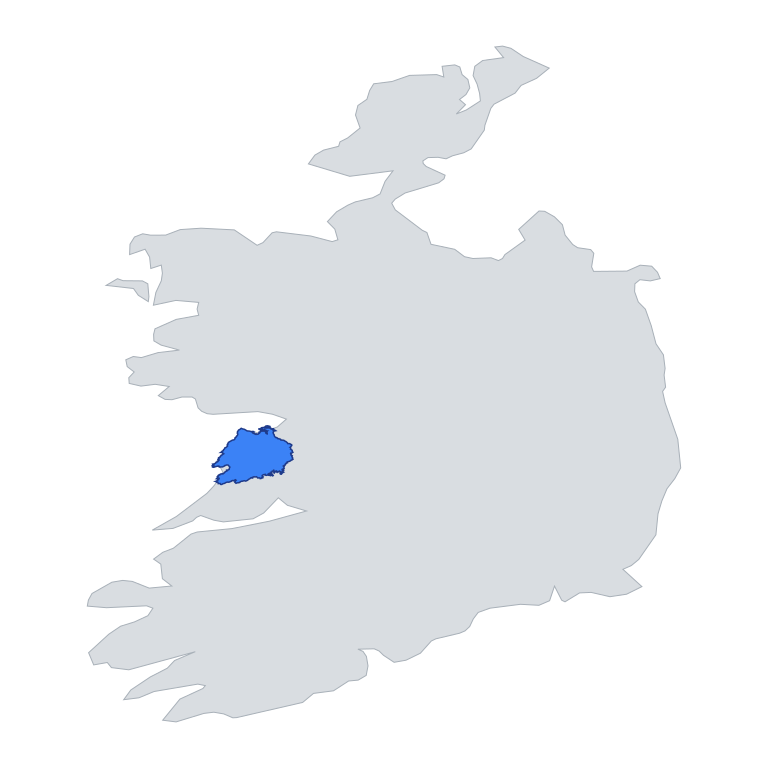 Ennistimon Lea-4, Clare, Ireland shown in context
{"feature_id": "5873133B68826952408481", "entity_name": "Ennistimon Lea-4", "entity_type": "district", "adm_level": 2, "iso_a3": "IRL", "parent_name": "Ireland", "parent_adm1": "Clare", "projection": "natural_earth1", "projection_center": [-9.187, 53.0], "detail": "fine", "context": "in_parent", "style": "filled", "palette": "blue", "viewbox_px": 768, "rotation_deg": 0, "n_neighbors": 0, "source": "geoboundaries", "source_scale": "gbopen_adm2", "svg_char_len": 9599}
<svg xmlns="http://www.w3.org/2000/svg" viewBox="0 0 768 768"><path d="M515.1,93.1L494.0,104.2L490.8,108.4L484.9,125.3L484.3,130.1L471.2,148.9L463.7,152.8L452.5,155.8L446.1,158.8L438.1,157.3L427.9,157.6L422.9,160.9L423.2,163.5L426.2,166.5L445.1,175.2L444.0,178.8L438.7,182.8L405.1,193.0L395.2,199.1L391.7,203.2L395.3,209.9L422.3,230.3L426.9,232.5L431.0,244.3L454.7,249.3L464.5,256.7L472.9,258.5L491.1,257.8L498.4,260.6L502.5,258.5L504.9,254.6L525.1,240.1L518.7,229.4L539.0,211.0L544.7,211.3L554.4,216.8L562.4,224.7L565.1,235.1L572.7,244.5L577.6,247.7L590.7,249.6L593.8,253.3L591.6,266.9L593.6,271.4L626.9,271.1L640.2,265.2L651.7,266.2L657.5,272.3L660.2,278.6L650.3,280.9L639.9,279.7L634.9,283.8L634.6,291.7L638.3,302.0L645.4,309.2L651.2,325.6L656.0,343.8L663.4,354.8L665.1,368.4L664.1,375.1L665.6,387.2L662.6,391.4L665.1,402.8L677.8,439.3L680.7,467.9L674.8,478.6L667.0,488.7L661.9,500.8L658.0,513.8L655.9,534.8L638.8,559.4L631.4,565.5L622.9,569.3L641.9,586.6L626.6,594.2L609.9,596.7L591.2,592.4L579.6,592.9L565.0,601.8L561.7,600.2L554.5,586.1L549.6,600.7L538.9,605.3L520.5,604.3L489.9,608.2L478.2,612.4L473.3,618.9L469.7,626.5L465.0,630.9L459.6,633.2L435.9,638.8L431.3,641.0L420.4,653.2L406.0,660.2L394.1,662.3L383.5,655.3L379.1,651.0L374.2,648.8L357.9,649.2L363.0,651.4L366.4,656.4L368.0,665.9L366.2,675.4L358.2,680.1L348.6,681.0L333.5,690.8L313.5,693.4L302.7,702.4L236.6,717.6L232.8,717.8L223.7,713.9L213.8,712.2L203.9,713.4L176.1,721.9L162.7,720.2L179.9,699.1L202.9,688.5L205.3,685.6L197.8,684.1L154.1,691.5L138.9,697.8L123.7,699.7L130.8,690.0L150.4,676.9L167.3,668.2L174.6,660.5L195.3,651.7L128.8,669.8L111.4,667.6L107.3,662.5L93.7,664.9L88.6,652.7L108.8,634.2L120.6,626.2L134.5,621.9L147.9,615.7L152.9,608.2L146.6,605.8L106.5,607.7L87.3,606.1L88.4,600.1L92.0,593.5L111.9,582.2L122.7,580.4L132.3,581.4L149.2,588.1L171.8,586.0L162.4,578.7L160.8,564.1L153.6,559.1L162.8,552.3L173.4,548.2L191.0,534.1L197.2,532.0L231.9,528.6L269.4,521.2L306.5,511.0L287.4,505.3L278.3,497.8L263.7,513.0L253.1,518.8L223.4,521.9L213.9,520.2L200.7,515.5L196.6,517.3L192.7,520.9L173.0,528.4L152.3,530.1L176.4,516.5L207.0,493.3L213.8,486.0L223.5,473.2L220.5,467.6L214.2,464.3L236.3,438.2L244.1,433.4L258.3,432.7L268.6,428.5L273.2,428.5L277.3,427.0L286.4,419.1L272.4,414.2L257.9,411.6L213.1,414.3L207.2,413.7L201.7,411.3L198.1,407.9L195.4,399.0L192.1,397.0L182.0,397.0L172.0,399.7L165.1,399.4L158.3,395.6L169.2,386.5L155.2,384.3L141.0,386.1L129.2,383.4L128.8,377.7L134.2,372.0L127.2,366.6L125.8,359.8L133.3,356.5L141.4,357.6L158.1,352.6L179.4,350.1L161.1,345.1L153.9,340.9L153.6,334.4L155.0,328.8L176.2,319.4L198.7,315.3L197.1,309.1L198.7,302.4L175.9,300.4L153.4,305.2L155.9,292.4L161.3,280.8L162.4,273.2L161.3,265.1L150.8,268.5L149.6,257.1L145.1,249.2L129.6,254.6L130.0,244.2L134.5,237.0L142.7,233.8L150.7,235.2L165.7,235.1L180.2,229.6L201.1,228.2L234.3,229.9L257.1,245.3L263.0,242.6L272.1,232.8L276.4,231.8L310.8,236.0L332.2,241.6L337.9,239.8L334.8,229.1L327.4,221.6L336.6,211.8L347.8,205.2L355.3,201.9L372.6,197.8L380.1,193.9L385.1,181.3L393.0,170.8L349.7,176.3L308.4,163.9L314.9,155.1L323.6,150.1L338.6,146.3L340.0,141.8L347.6,138.0L360.1,128.0L355.5,115.0L357.9,105.5L366.9,99.3L369.7,90.4L373.7,83.8L392.0,81.5L409.6,75.4L436.7,74.6L443.8,77.0L442.1,66.3L454.8,64.9L459.8,67.0L462.1,74.6L467.9,79.5L469.8,87.9L466.0,94.5L459.5,99.5L465.5,104.7L456.3,114.0L466.3,110.0L480.4,100.9L479.6,93.4L477.1,84.1L473.1,75.6L474.8,66.3L482.7,60.5L503.6,57.6L494.9,47.0L502.6,46.1L510.9,48.3L523.2,56.5L549.2,68.1L536.6,78.3L521.1,85.4L515.1,93.1ZM148.9,296.6L148.3,301.6L138.3,295.3L133.5,288.5L106.1,285.4L117.5,278.7L123.1,280.7L142.4,280.9L147.8,283.8L148.9,296.6Z" fill="#d9dde1" stroke="#a8b0b8" stroke-width="1"/><path d="M275.7,430.7L275.1,430.3L274.6,430.4L274.3,430.0L273.0,430.0L272.6,429.7L273.7,429.2L273.6,428.8L272.9,429.0L272.8,428.7L271.3,429.0L271.3,428.8L270.4,428.4L270.6,428.1L269.7,427.8L269.8,427.6L268.6,427.7L268.7,427.9L267.9,427.9L267.9,427.7L267.1,428.0L265.0,427.9L264.0,427.4L261.5,427.7L260.3,428.9L259.2,428.8L258.3,429.1L259.8,429.2L260.4,430.0L260.7,429.9L260.5,429.7L260.8,429.5L260.7,429.5L261.0,429.2L262.1,429.2L262.5,429.6L262.7,430.2L263.3,430.2L264.1,429.5L264.8,429.5L265.6,430.5L266.0,430.5L265.9,430.8L266.9,430.9L266.5,431.1L267.1,431.5L266.6,431.9L266.6,432.4L266.9,432.7L266.7,432.9L267.1,432.9L267.3,433.4L267.2,433.9L266.7,433.7L266.8,433.1L266.3,433.1L266.4,432.8L265.9,432.7L265.6,432.3L265.6,432.0L265.0,431.1L263.1,431.1L263.8,430.7L264.2,430.3L264.2,430.1L262.9,430.5L263.3,430.8L262.8,431.0L262.1,430.9L262.2,430.7L260.6,431.3L259.8,432.3L258.9,432.4L259.9,432.4L259.6,432.7L259.4,432.5L259.4,433.1L258.8,433.0L258.7,433.3L258.9,433.4L258.1,434.2L257.7,434.2L257.2,434.3L256.8,433.9L256.3,434.5L256.4,434.8L256.1,434.3L256.2,434.2L256.1,434.3L255.7,434.0L255.4,434.2L254.8,433.7L254.7,433.9L254.3,433.7L252.6,432.9L252.1,431.9L251.6,431.7L253.7,431.6L254.4,432.0L253.9,431.6L252.9,431.4L251.3,431.6L249.4,431.1L247.1,430.9L244.4,429.3L242.5,428.9L241.2,428.3L239.6,429.6L238.6,430.0L237.3,432.1L237.6,432.9L237.4,433.3L237.6,433.4L237.8,434.5L237.2,435.7L236.6,436.0L236.5,436.4L236.2,436.6L236.1,437.1L234.9,438.0L235.0,438.7L234.8,439.1L233.9,439.9L232.4,440.1L228.4,442.4L228.1,443.2L227.5,444.2L227.7,444.4L227.4,444.7L227.6,444.9L227.2,445.4L227.5,446.2L226.0,447.5L225.0,447.7L224.4,449.0L223.5,449.8L223.3,450.7L222.3,451.0L221.5,451.9L222.2,452.3L221.8,452.6L223.7,453.8L221.6,455.1L221.6,455.4L221.0,455.4L220.9,455.8L220.3,456.3L220.4,456.5L220.2,457.0L218.6,457.7L218.5,457.9L218.8,458.1L218.5,458.6L219.0,458.5L219.0,459.3L218.2,459.8L218.8,460.3L218.4,460.6L218.3,461.0L217.4,461.4L217.5,461.8L216.0,462.4L215.9,462.9L215.2,463.4L214.1,463.9L212.9,464.1L213.6,464.8L213.0,464.8L212.3,465.4L213.2,466.0L212.3,466.7L212.4,467.0L213.5,467.3L214.3,467.1L214.4,466.6L215.2,466.8L217.6,466.1L218.9,466.1L219.0,466.4L218.9,466.5L219.3,466.6L219.4,467.0L222.6,466.9L224.5,466.0L224.6,465.6L225.4,465.5L226.4,465.0L228.0,465.0L229.9,467.1L229.3,468.3L229.2,469.4L228.0,470.0L226.8,470.1L227.0,470.5L226.6,470.8L226.7,471.1L226.1,471.2L224.9,472.0L224.8,472.4L223.9,473.2L222.7,473.5L222.8,473.7L222.2,473.7L222.2,473.9L220.6,474.0L220.2,474.4L219.4,474.6L219.5,474.8L219.2,474.8L219.2,475.0L218.8,475.4L218.1,475.5L217.9,476.0L218.1,476.3L217.5,476.7L217.7,476.8L217.5,477.2L217.7,477.5L216.8,478.4L218.8,478.1L219.0,478.4L218.3,478.8L218.5,478.7L218.4,479.1L218.0,479.3L218.5,479.7L217.5,480.4L217.5,480.2L217.1,480.2L216.8,481.0L215.5,481.4L217.1,481.9L217.3,482.0L217.1,482.2L218.0,482.3L218.2,483.6L220.2,483.5L220.6,484.4L221.1,484.5L221.9,484.4L222.7,483.8L224.7,483.3L225.9,482.5L227.4,482.1L228.9,482.2L231.3,481.3L231.4,480.9L232.6,480.5L233.1,480.8L235.5,479.7L236.1,480.3L235.2,481.0L235.1,481.3L235.2,481.7L234.8,481.9L235.0,482.2L234.9,482.3L236.0,483.3L237.2,482.8L238.0,482.8L239.7,482.5L239.9,482.1L241.3,481.3L242.5,481.2L244.2,480.7L245.7,481.1L247.6,480.3L248.5,479.4L249.8,478.8L250.7,477.9L251.8,477.6L252.1,478.1L252.8,477.9L253.0,477.1L254.1,476.7L254.9,477.0L256.5,476.7L257.8,478.0L259.2,477.8L260.1,478.2L260.2,478.6L261.1,478.5L261.7,477.8L262.2,478.0L262.7,477.8L262.3,477.3L263.1,476.8L262.1,475.9L262.3,475.6L262.3,475.4L263.4,474.7L265.2,474.4L265.2,474.7L265.0,475.0L266.2,475.4L267.5,475.0L268.8,475.3L269.3,475.0L269.5,475.3L270.2,474.9L270.5,475.6L271.8,475.0L272.3,475.3L272.1,475.6L272.7,475.9L273.2,475.5L272.8,475.0L272.4,475.1L272.5,474.8L272.2,474.3L271.2,474.7L271.1,474.4L270.9,474.3L268.3,474.5L268.2,474.2L269.0,474.1L268.9,473.5L269.2,473.3L269.1,472.9L269.4,473.3L270.8,473.0L271.2,473.2L271.2,472.9L271.5,472.7L271.4,472.5L271.8,472.6L272.0,471.3L273.1,471.1L273.5,470.2L273.9,470.3L273.8,471.4L274.3,472.1L273.8,472.7L274.2,473.1L275.0,472.2L274.9,471.9L275.3,471.3L276.5,471.0L276.7,471.4L276.7,472.0L277.1,472.4L277.6,471.9L278.0,472.0L278.2,471.5L278.9,471.6L279.5,471.1L280.2,471.7L280.5,471.6L280.7,471.8L280.2,472.6L280.1,473.6L280.4,473.8L280.5,474.1L281.4,474.2L281.7,473.8L281.3,473.7L281.7,473.1L281.1,472.9L281.6,472.5L281.5,472.1L282.0,472.2L282.7,472.7L283.4,472.3L282.8,472.1L282.9,471.9L282.6,471.7L282.4,471.1L283.7,470.6L283.8,470.1L283.2,469.7L282.3,469.8L282.1,469.4L284.1,468.4L283.8,467.9L284.1,466.9L283.4,466.4L283.3,465.9L284.4,465.3L284.7,465.5L285.5,464.6L285.3,464.2L285.4,463.9L286.3,463.4L286.2,463.2L286.7,463.0L286.9,462.5L287.4,462.6L287.3,461.9L289.7,461.3L290.8,460.6L290.9,460.3L292.1,459.9L292.9,459.3L292.4,458.8L292.7,458.4L292.6,457.7L291.8,456.7L292.3,455.8L291.8,455.4L291.2,455.3L290.9,454.6L291.1,454.2L290.6,453.5L290.8,453.1L291.4,453.3L292.8,452.3L292.5,452.1L292.5,451.6L292.1,451.2L292.2,450.3L290.5,449.1L290.7,448.8L290.7,448.1L290.5,447.1L290.3,447.1L291.8,445.5L291.6,444.6L290.7,444.4L289.8,443.6L287.8,443.6L287.5,442.9L286.0,441.6L284.4,440.8L284.2,440.5L283.3,440.2L281.0,440.1L281.0,439.8L280.5,439.2L279.0,438.9L278.8,438.6L277.8,438.7L277.1,437.8L276.5,437.5L276.1,437.7L275.4,437.3L274.3,435.9L274.2,434.9L273.4,433.7L273.1,432.5L273.6,431.7L273.4,431.2L273.4,430.8L274.7,430.9L275.7,430.7ZM269.6,426.4L269.2,426.3L268.6,426.3L268.3,426.0L267.8,425.8L265.9,426.0L265.2,426.6L266.4,427.6L267.2,427.7L267.8,427.3L269.4,426.9L268.7,426.8L269.1,426.3L269.4,426.6L269.6,426.4ZM262.2,430.0L261.8,429.8L262.0,429.3L260.9,429.6L261.2,430.2L261.0,430.8L262.0,430.2L262.2,430.0ZM252.8,431.8L252.5,431.9L253.1,431.9L252.8,431.8ZM221.1,452.2L220.8,452.4L221.1,452.4L221.1,452.2ZM264.5,430.6L264.8,430.7L264.7,430.5L264.5,430.6ZM268.4,427.8L268.2,427.7L268.1,427.8L268.4,427.8ZM255.0,432.3L254.7,432.0L255.0,432.3Z" fill="#3b82f6" stroke="#1e3a8a" stroke-width="1.5"/></svg>